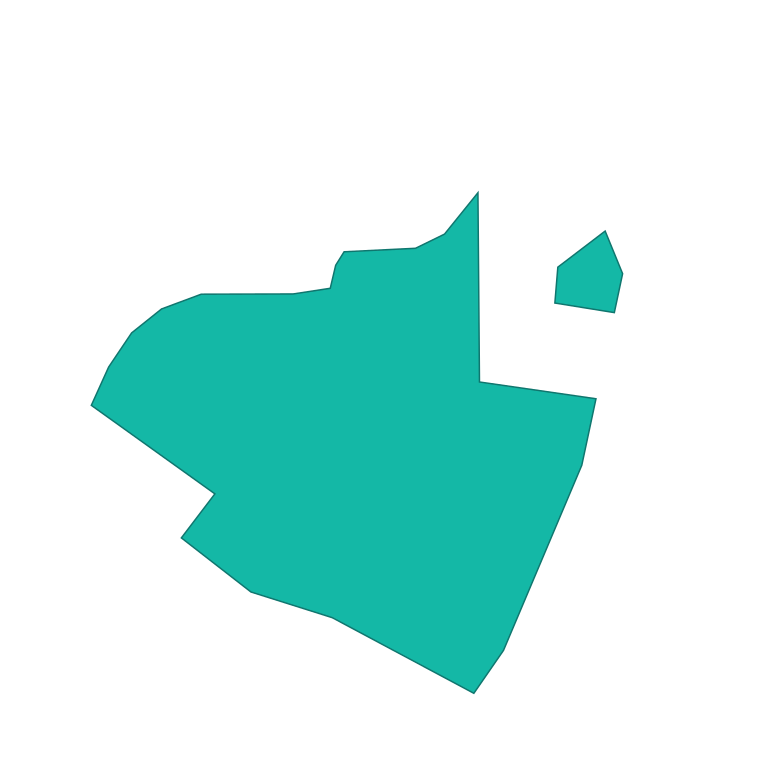 SVG path tracing the border of A'ana, rotated 122°
{"feature_id": "WSM-4985", "entity_name": "A'ana", "entity_type": "state/province", "adm_level": 1, "iso_a3": "WSM", "parent_name": "Samoa", "parent_adm1": "", "projection": "mercator", "projection_center": [-171.958, -13.906], "detail": "fine", "context": "isolated", "style": "filled", "palette": "teal", "viewbox_px": 768, "rotation_deg": 122, "n_neighbors": 0, "source": "natural_earth", "source_scale": "10m", "svg_char_len": 508}
<svg xmlns="http://www.w3.org/2000/svg" viewBox="0 0 768 768"><g transform="rotate(122 384 384)"><path d="M284.2,196.4L348.1,173.2L546.6,141.5L598.7,143.9L609.6,304.1L630.9,386.6L621.9,474.3L566.8,469.2L557.2,620.9L515.5,626.5L474.4,625.1L438.2,612.4L404.7,586.6L355.8,508.8L331.3,480.3L308.9,487.9L293.0,487.9L252.2,429.2L224.8,412.1L172.0,405.7L331.7,304.1L284.2,196.4ZM137.1,277.5L164.0,240.1L201.4,226.5L224.8,282.0L192.8,298.5L137.1,277.5Z" fill="#14b8a6" stroke="#0f766e" stroke-width="1.5"/></g></svg>